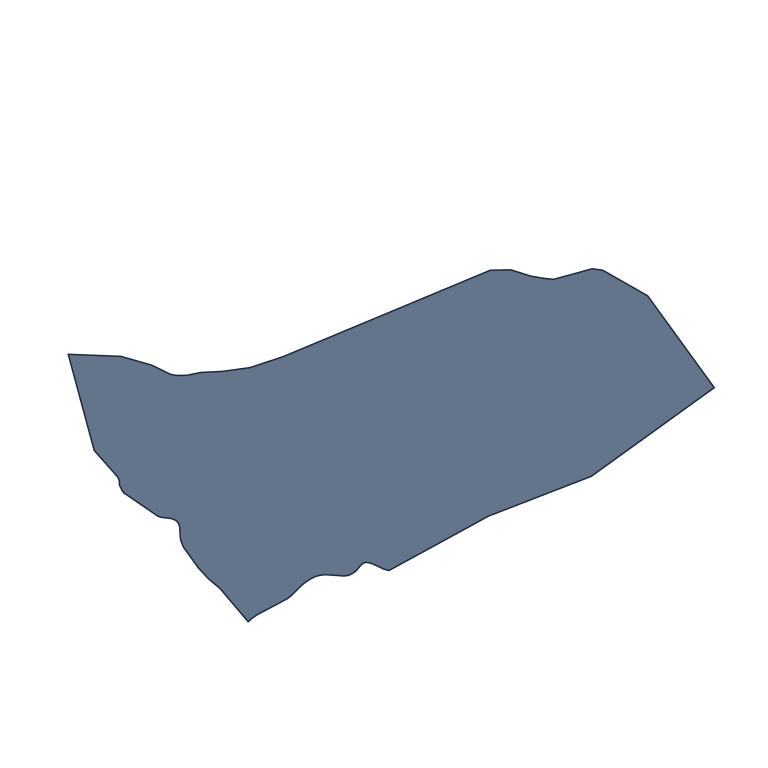 SVG path tracing the border of Ghardaïa, rotated 240°
{"feature_id": "DZA-2192", "entity_name": "Ghardaïa", "entity_type": "Province", "adm_level": 1, "iso_a3": "DZA", "parent_name": "Algeria", "parent_adm1": "", "projection": "albers", "projection_center": [3.122, 31.033], "detail": "fine", "context": "isolated", "style": "filled", "palette": "slate", "viewbox_px": 768, "rotation_deg": 240, "n_neighbors": 0, "source": "natural_earth", "source_scale": "10m", "svg_char_len": 962}
<svg xmlns="http://www.w3.org/2000/svg" viewBox="0 0 768 768"><g transform="rotate(240 384 384)"><path d="M220.0,295.0L223.6,291.4L233.9,284.2L236.6,281.7L238.8,278.7L239.1,276.2L238.6,273.3L236.2,266.6L235.6,262.4L236.0,257.4L237.7,253.4L248.3,237.7L250.4,232.8L251.7,227.7L251.9,222.0L251.6,216.9L250.8,212.0L247.1,197.9L246.4,192.9L247.6,158.6L247.0,152.0L246.0,147.5L289.0,139.7L302.9,134.6L317.5,131.3L343.0,128.7L349.8,129.7L352.9,130.8L362.7,135.7L366.3,136.3L369.4,135.8L372.5,133.7L374.9,131.2L379.4,125.0L382.1,122.3L418.8,104.7L419.2,104.3L422.2,103.9L428.1,104.3L429.4,104.6L432.5,106.4L436.6,106.9L471.4,99.8L567.6,125.4L539.6,169.8L516.3,192.4L499.2,203.9L496.2,207.2L494.5,209.7L490.1,217.7L485.5,231.3L475.9,250.0L465.2,276.1L458.2,310.0L429.4,532.9L419.5,550.9L404.5,564.6L395.6,575.2L389.8,583.3L379.7,622.0L373.2,630.3L328.6,656.4L215.7,668.2L200.4,517.4L217.3,408.7L220.0,295.0Z" fill="#64748b" stroke="#1e293b" stroke-width="1.5"/></g></svg>